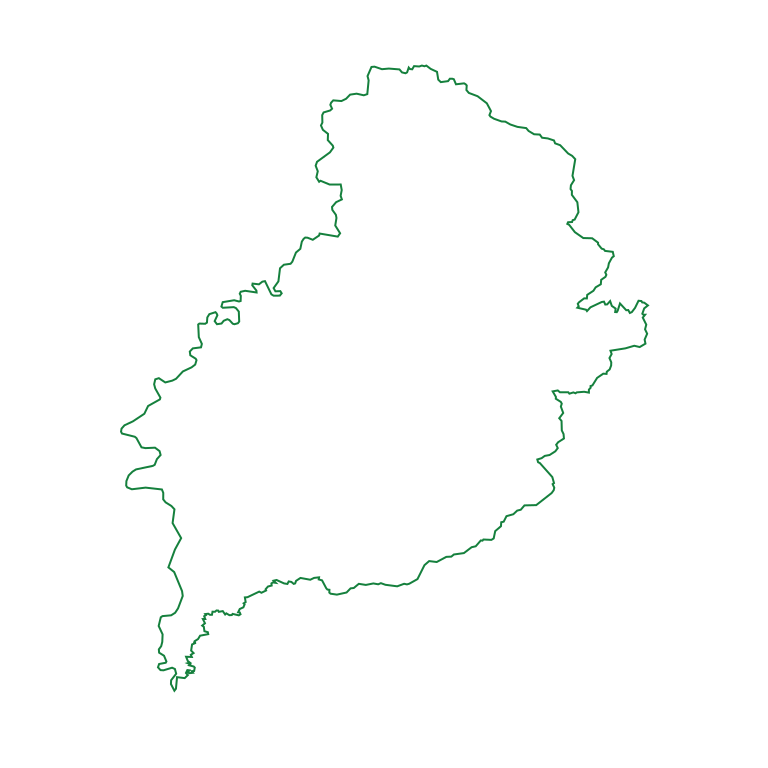 outline of Alegrete, Rio Grande do Sul, Brazil, rotated 274°
{"feature_id": "56859067B34107990199573", "entity_name": "Alegrete", "entity_type": "district", "adm_level": 2, "iso_a3": "BRA", "parent_name": "Brazil", "parent_adm1": "Rio Grande do Sul", "projection": "equal_earth", "projection_center": [-55.86, -29.764], "detail": "fine", "context": "isolated", "style": "outline", "palette": "green", "viewbox_px": 768, "rotation_deg": 274, "n_neighbors": 0, "source": "geoboundaries", "source_scale": "gbopen_adm2", "svg_char_len": 6132}
<svg xmlns="http://www.w3.org/2000/svg" viewBox="0 0 768 768"><g transform="rotate(274 384 384)"><path d="M181.0,290.5L178.1,298.2L177.8,301.6L180.4,302.7L180.1,305.4L178.3,307.9L178.9,309.3L181.5,310.0L184.7,314.2L183.6,324.1L185.7,327.8L186.6,332.7L184.5,332.5L183.8,335.9L176.1,340.7L175.0,341.9L174.9,343.9L172.1,344.0L171.1,345.3L170.6,351.7L173.4,361.2L177.8,364.9L178.4,368.1L182.9,372.8L182.3,379.9L184.3,387.3L183.8,392.2L185.1,394.8L183.8,399.4L183.1,411.3L186.1,418.0L185.7,420.9L186.5,423.1L191.7,431.0L206.1,437.0L210.5,441.4L210.1,449.0L215.9,458.2L216.5,463.2L218.8,465.6L220.9,475.5L227.3,482.8L228.5,486.8L234.7,491.5L234.6,493.2L235.8,494.0L236.0,502.0L237.6,504.2L245.0,505.2L250.3,510.6L254.3,510.6L255.0,513.0L260.7,515.4L263.1,522.1L267.0,525.7L268.1,529.2L272.7,532.6L273.8,544.3L287.0,558.9L289.9,560.7L292.4,561.1L295.9,559.2L297.0,560.5L302.9,558.4L316.0,545.0L316.7,543.2L319.4,542.2L321.0,546.4L323.5,549.4L324.7,554.1L328.8,559.6L332.2,561.8L335.4,560.0L338.1,561.8L342.2,567.3L346.6,566.6L350.1,564.6L359.5,563.7L362.1,561.2L367.6,564.8L373.8,562.0L376.8,562.7L378.5,561.6L381.3,556.4L383.1,556.4L388.4,552.8L389.7,557.8L388.0,560.1L388.6,568.4L387.3,569.6L388.8,573.5L388.1,575.7L389.1,576.9L390.2,584.2L389.7,589.0L392.7,588.8L394.7,590.4L396.4,590.2L397.1,592.0L405.0,596.2L409.6,602.0L409.6,605.3L411.8,605.4L414.3,608.1L418.3,609.3L421.5,609.2L425.6,607.1L429.8,609.0L433.0,607.6L436.4,622.3L439.6,631.0L438.7,636.5L442.5,642.0L446.5,640.9L452.5,643.0L456.8,640.6L461.5,641.5L468.3,637.5L471.3,639.6L471.2,637.9L472.1,636.8L477.6,638.3L480.8,641.8L483.3,637.9L483.4,635.9L484.7,635.0L484.8,632.1L477.4,629.1L473.0,626.2L472.0,624.3L474.8,622.5L474.5,620.5L480.8,613.8L473.4,612.0L471.9,611.2L471.9,609.6L475.4,609.8L477.8,605.8L482.5,603.8L479.0,601.1L478.7,599.2L481.5,597.7L481.0,595.5L474.9,584.6L470.9,581.4L472.2,580.4L473.6,571.6L475.1,572.8L477.5,571.7L479.0,572.7L483.4,577.7L483.5,580.4L487.1,580.5L491.6,586.4L495.2,588.4L498.6,593.3L503.1,593.4L506.3,597.4L508.4,598.2L510.8,596.9L515.9,599.4L520.1,599.9L526.0,602.6L527.5,604.3L531.8,603.0L532.2,595.2L533.7,593.9L534.2,591.7L538.3,587.8L539.9,587.7L543.9,581.5L543.5,572.6L548.8,563.8L555.7,557.6L556.5,555.7L558.2,556.3L558.7,560.3L560.6,560.8L561.3,562.7L568.9,566.0L578.8,564.2L585.8,558.2L589.7,558.0L591.5,556.5L595.3,556.6L600.6,559.4L604.8,557.5L621.6,559.1L624.7,555.8L626.8,551.6L634.5,543.1L636.0,537.9L638.8,536.6L640.4,530.3L640.7,524.5L643.7,522.0L643.6,516.3L646.5,510.6L649.2,508.0L649.8,499.2L651.7,491.9L654.2,486.7L654.1,483.0L656.3,475.2L658.2,471.5L659.6,470.4L663.7,471.7L671.2,467.0L677.6,457.3L680.3,448.3L683.0,445.7L687.6,445.7L688.8,444.4L689.5,442.9L688.0,434.9L692.9,432.4L693.3,430.8L693.1,428.4L690.6,426.8L689.1,419.6L691.4,416.9L699.1,415.1L701.6,408.6L704.6,404.0L703.8,402.2L704.3,399.6L703.2,397.0L703.2,391.8L699.9,390.2L700.0,387.9L701.4,386.6L696.5,385.3L695.5,383.8L696.1,380.2L698.9,377.5L699.0,366.8L697.9,360.0L699.9,352.4L699.4,349.4L690.0,346.1L685.8,347.5L672.0,347.1L670.6,343.7L671.7,336.4L670.3,330.0L665.9,326.3L663.3,321.8L663.4,313.6L660.9,311.6L658.7,311.0L655.0,313.0L653.1,311.2L650.7,304.8L647.9,303.6L640.5,304.3L637.5,303.1L633.3,305.3L629.6,310.7L623.4,310.9L618.2,316.3L616.3,317.0L611.3,313.9L601.0,301.7L597.0,300.6L591.6,303.1L585.5,302.1L581.2,305.2L582.3,306.5L579.2,315.8L580.0,326.9L574.5,328.3L568.7,327.6L565.2,329.1L562.1,323.6L557.0,319.8L554.1,320.3L549.4,324.2L546.3,325.0L538.7,324.3L531.3,329.7L527.8,327.6L529.6,309.3L527.6,308.9L522.9,302.9L524.6,297.5L524.6,295.2L523.2,293.7L520.3,292.1L513.0,291.1L509.0,287.0L499.6,284.0L497.4,282.4L496.0,275.8L492.2,272.2L479.0,271.5L472.0,267.2L468.9,269.2L469.4,274.1L467.3,275.6L464.9,273.9L464.4,267.7L465.6,265.4L478.3,258.1L477.6,255.5L474.7,252.3L475.0,245.9L473.3,245.7L468.3,250.2L466.4,250.5L467.3,239.0L466.0,234.6L464.0,233.8L462.0,235.0L456.8,235.2L456.2,233.6L457.1,228.7L454.4,217.4L449.9,216.4L448.8,217.9L450.2,228.8L449.4,231.0L446.1,234.1L436.2,235.2L434.4,234.0L433.2,230.6L433.6,228.9L437.0,225.3L437.7,223.2L435.9,219.7L433.0,217.7L432.0,213.2L434.9,210.7L441.0,213.0L442.7,212.1L443.9,210.9L441.5,204.9L438.1,203.1L432.9,203.1L431.6,201.4L431.4,195.6L430.4,194.5L417.8,196.0L411.3,199.5L407.8,198.9L406.2,190.8L402.8,188.0L399.1,188.8L396.1,194.4L394.7,195.3L390.2,194.3L387.2,190.9L382.5,182.5L374.7,176.2L372.6,172.6L370.3,165.7L374.1,159.0L372.7,155.5L367.7,154.7L363.6,156.1L354.8,161.9L353.0,161.5L345.6,150.2L337.6,147.0L329.2,136.1L324.7,128.0L321.2,125.3L318.1,125.0L316.3,126.1L314.0,139.1L312.8,140.8L303.9,146.5L303.4,150.5L304.5,160.0L301.4,164.8L297.6,166.1L293.2,162.7L287.4,160.9L286.2,159.1L281.5,142.6L279.0,139.2L275.0,135.7L269.2,133.8L264.7,133.9L263.0,135.0L261.4,139.8L264.0,153.4L263.3,169.8L260.0,171.4L253.5,171.8L250.7,174.4L247.5,180.4L244.4,183.7L230.5,182.8L216.1,192.4L204.3,187.0L186.0,181.7L181.8,187.8L163.3,197.0L158.5,198.0L145.8,194.2L141.2,191.6L138.4,187.8L137.0,179.2L135.7,177.6L126.9,176.1L118.8,180.6L111.2,180.8L106.9,180.0L103.6,177.9L100.3,178.4L97.6,183.5L92.0,186.3L90.7,185.7L89.0,179.2L85.6,178.3L83.0,181.0L83.0,184.0L86.2,192.4L85.1,195.3L80.5,196.9L73.6,192.3L69.8,192.4L63.4,196.3L65.5,197.7L77.1,198.0L76.7,205.7L79.9,208.6L81.9,206.6L84.9,207.8L84.8,209.8L82.8,208.6L81.9,209.8L82.6,213.6L84.1,212.3L84.5,214.6L87.9,215.0L88.9,213.9L89.8,209.2L91.0,210.2L91.8,207.7L92.5,209.8L94.0,207.6L98.1,205.6L98.3,211.3L100.4,210.2L102.3,212.8L104.6,210.2L110.8,210.7L112.7,214.4L112.7,212.6L114.2,213.0L116.6,216.3L120.1,218.1L122.2,226.1L124.1,225.6L124.9,222.1L129.2,221.2L130.3,219.5L132.8,222.1L136.9,219.7L137.1,222.1L139.8,220.8L141.0,222.5L142.0,221.7L142.6,224.7L141.6,226.5L141.8,228.5L144.9,228.8L145.0,231.3L146.4,232.7L146.4,234.4L145.2,235.1L146.2,239.0L143.0,241.6L144.2,242.7L142.6,245.9L142.9,248.3L144.1,249.0L143.1,255.3L144.3,256.9L146.0,256.1L146.1,254.4L149.5,255.8L151.4,259.3L154.4,260.3L155.4,259.3L156.8,261.2L161.4,260.1L161.8,262.7L168.2,274.0L167.2,276.3L169.8,280.8L171.0,280.2L173.9,282.4L175.1,286.0L177.2,285.6L178.3,287.0L178.1,289.9L180.1,287.6L181.0,290.5Z" fill="none" stroke="#15803d" stroke-width="2"/></g></svg>